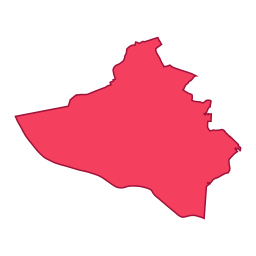 Hellevoetsluis, Zuid-Holland, Netherlands
{"feature_id": "6326949B52767007773218", "entity_name": "Hellevoetsluis", "entity_type": "district", "adm_level": 2, "iso_a3": "NLD", "parent_name": "Netherlands", "parent_adm1": "Zuid-Holland", "projection": "albers", "projection_center": [4.166, 51.836], "detail": "fine", "context": "isolated", "style": "filled", "palette": "rose", "viewbox_px": 256, "rotation_deg": 0, "n_neighbors": 0, "source": "geoboundaries", "source_scale": "gbopen_adm2", "svg_char_len": 5369}
<svg xmlns="http://www.w3.org/2000/svg" viewBox="0 0 256 256"><path d="M157.9,37.6L157.3,37.7L156.6,37.9L153.3,39.0L151.6,39.5L151.2,39.7L149.5,40.2L145.0,41.7L144.7,41.8L144.6,41.7L142.9,41.5L142.6,41.5L140.3,42.9L139.7,43.2L139.5,43.3L139.4,43.3L138.9,43.2L137.2,42.4L136.8,42.2L136.6,42.2L136.4,42.3L136.1,42.3L135.7,42.1L135.3,43.1L135.3,43.8L135.1,44.5L135.0,45.1L134.3,45.0L133.9,45.0L133.0,45.1L132.1,45.3L131.6,45.5L131.0,45.7L129.9,46.3L129.3,46.8L128.6,47.3L127.2,48.6L127.0,48.8L126.9,49.0L126.7,50.5L126.4,52.2L126.3,52.6L126.3,53.5L126.2,53.7L125.2,55.3L124.8,56.3L124.7,56.7L124.7,57.3L124.6,57.8L124.4,58.5L124.1,59.3L123.8,60.0L123.5,60.5L123.4,60.7L122.7,61.4L122.1,61.9L121.6,62.3L120.1,63.4L119.2,63.9L118.6,64.3L118.3,64.4L117.7,64.6L116.9,64.9L116.2,65.3L115.8,65.6L114.8,66.4L114.6,66.7L114.3,67.0L113.9,67.6L113.7,67.9L113.5,68.3L113.4,68.7L113.3,69.1L113.2,69.4L113.1,70.0L113.1,70.4L113.1,70.7L113.4,71.7L113.6,73.4L113.8,73.8L113.8,74.1L114.6,76.7L115.4,79.1L114.6,79.3L113.1,79.8L113.4,80.6L113.5,80.9L110.1,82.4L110.9,84.7L111.0,84.8L107.7,85.8L105.3,87.4L103.3,88.1L102.7,88.3L98.3,90.0L95.7,91.0L90.3,93.2L87.3,94.4L84.2,94.6L81.5,94.5L78.6,94.8L76.5,95.1L76.3,94.9L75.7,95.4L75.7,95.5L74.4,96.3L70.4,99.7L70.2,99.9L68.8,104.7L68.5,105.3L68.5,105.5L68.3,106.2L15.4,116.4L17.3,120.8L18.6,123.2L21.4,128.1L23.1,131.4L24.1,133.1L25.7,135.9L27.3,138.1L29.1,140.5L31.2,143.1L32.6,144.8L36.1,149.2L37.8,151.2L39.6,153.1L41.4,154.8L43.5,156.8L45.9,158.4L51.0,161.0L53.1,162.0L55.7,163.1L60.8,164.7L65.7,166.0L79.6,170.1L84.7,171.2L87.6,171.9L92.7,173.5L97.9,175.3L100.4,176.5L102.7,177.8L105.0,179.4L109.5,182.6L114.0,185.7L116.2,186.9L118.5,187.6L121.2,187.9L124.0,187.6L125.9,186.9L128.5,186.2L131.0,186.0L133.9,185.9L138.5,186.2L141.4,186.6L145.0,187.5L147.8,188.3L150.5,189.5L151.7,190.6L152.8,192.6L154.4,194.8L155.7,196.1L157.4,197.5L159.5,199.2L161.5,201.0L163.5,202.7L165.5,204.4L167.5,206.1L171.6,209.5L173.7,211.2L175.6,212.8L177.7,214.7L179.9,216.2L182.5,217.2L185.2,216.8L187.8,216.1L190.5,215.5L193.5,215.3L196.2,215.7L201.1,217.2L203.5,218.1L204.1,218.4L206.4,186.5L209.0,184.3L208.9,184.3L209.0,183.8L208.8,183.7L208.5,183.5L208.1,183.4L207.8,183.3L207.7,183.2L207.7,182.9L207.7,182.7L207.8,182.7L208.0,182.7L208.2,183.1L208.3,182.9L208.7,183.1L209.9,183.5L209.9,183.4L210.0,183.5L212.9,179.9L213.5,179.4L214.5,178.8L215.2,178.4L215.5,178.2L216.7,178.0L217.6,177.6L221.0,175.7L221.6,175.4L222.8,174.7L223.3,174.4L225.0,173.6L225.6,173.4L226.5,173.1L228.3,172.7L229.5,170.4L229.7,169.8L229.7,169.4L229.8,169.0L229.8,168.2L229.8,167.8L229.5,166.1L229.2,164.4L229.1,163.6L228.9,161.9L228.9,161.2L229.0,160.4L229.0,159.9L229.2,159.5L229.4,159.2L229.6,158.9L230.5,157.8L230.9,157.4L231.2,157.1L233.9,154.2L236.2,152.3L237.1,151.8L237.5,151.6L235.4,149.3L235.8,149.1L235.5,148.7L235.2,148.6L235.4,148.1L235.5,148.0L236.7,149.2L238.0,148.4L240.1,150.7L240.3,150.6L240.3,150.3L240.6,148.3L240.6,148.0L240.6,147.6L240.4,147.4L238.7,146.3L238.5,146.1L238.4,146.1L238.4,145.9L238.4,145.7L238.5,145.7L238.3,145.2L238.5,145.1L238.5,144.9L238.3,144.5L238.1,144.3L238.0,144.1L234.7,141.0L233.7,140.1L232.9,139.2L230.2,136.6L230.0,136.4L229.8,136.7L229.5,136.5L227.2,134.1L226.8,133.8L226.8,133.7L226.7,133.7L224.6,131.4L224.4,131.1L224.6,131.0L224.0,130.5L223.3,130.0L222.1,129.5L221.9,129.6L217.7,130.3L215.6,130.4L215.2,130.4L213.9,130.1L213.7,130.0L209.9,130.9L209.7,130.8L208.1,128.3L207.6,127.4L207.6,124.4L207.6,123.0L207.7,122.3L207.8,121.4L211.0,121.3L211.3,113.9L210.5,114.0L208.8,114.4L208.9,114.2L208.7,113.7L206.7,114.1L205.9,114.4L205.1,114.8L204.1,113.9L205.5,113.1L206.2,112.6L206.6,112.3L206.8,111.7L207.1,110.8L207.9,109.3L208.1,108.6L208.4,108.1L208.7,107.8L208.9,107.5L209.7,107.2L210.0,106.9L210.2,106.7L210.3,106.4L210.3,106.1L210.2,105.6L210.1,105.2L210.1,104.8L210.4,104.6L210.5,104.4L210.6,103.9L210.8,102.3L211.0,101.0L210.8,100.8L210.2,100.5L209.3,100.2L209.0,100.2L208.7,100.2L208.0,100.3L207.2,100.3L206.8,100.3L206.1,100.6L205.8,100.7L205.6,100.9L204.9,101.7L204.4,102.1L203.2,102.7L202.9,102.8L202.4,102.9L202.2,102.8L200.8,102.2L200.0,101.9L198.8,101.8L196.3,101.6L193.7,101.1L192.0,100.5L192.1,99.1L192.3,97.3L192.3,96.9L192.2,96.5L192.2,96.3L192.2,96.1L192.2,95.6L192.1,95.2L191.8,94.6L190.9,94.2L189.1,93.5L188.5,93.3L187.6,92.8L187.2,92.6L185.4,91.5L184.9,91.2L184.6,91.0L184.4,90.9L183.8,90.4L183.0,89.8L183.7,89.1L183.9,88.8L184.0,88.6L184.0,88.3L184.3,87.8L185.2,86.1L185.6,85.1L186.0,84.7L187.2,83.8L188.0,83.1L188.5,82.4L189.0,81.6L189.3,81.3L189.6,81.1L190.4,80.8L190.6,80.7L190.8,80.5L191.2,80.2L192.4,78.9L192.6,78.7L193.3,77.7L193.5,77.3L194.0,76.8L194.2,76.6L195.7,75.8L196.0,75.8L195.3,75.4L194.4,75.1L192.7,74.2L190.7,73.3L190.0,73.1L189.6,73.0L188.9,72.8L188.1,72.4L187.3,72.2L183.3,70.9L182.0,70.5L174.9,68.1L173.9,67.7L172.8,67.2L171.5,66.4L171.3,66.2L171.1,66.0L170.7,65.8L170.5,65.7L169.9,65.1L168.8,65.5L167.2,66.1L165.4,66.6L165.2,66.6L165.0,66.4L164.6,66.5L164.4,66.5L163.9,66.7L163.8,66.3L163.4,65.6L162.1,63.3L160.3,59.8L160.3,59.4L159.9,58.6L158.3,55.8L157.3,54.1L157.2,53.8L157.1,53.7L156.6,52.8L156.4,52.3L156.3,51.9L156.1,51.4L156.0,51.0L155.7,49.2L155.7,48.8L155.8,48.6L156.1,48.4L156.8,47.9L157.0,47.7L157.5,47.3L158.7,46.5L160.1,45.5L160.4,45.3L161.1,44.7L161.6,44.4L161.1,43.6L161.0,43.4L159.3,40.4L159.1,40.5L157.9,37.6Z" fill="#f43f5e" stroke="#9f1239" stroke-width="1.5"/></svg>